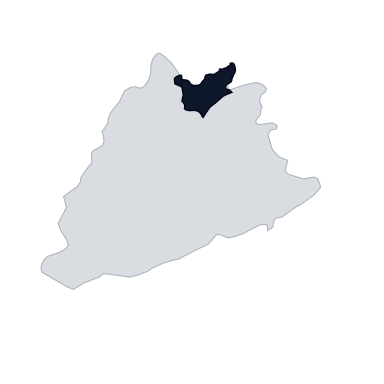 location of Vlasenica within Bosnia and Herzegovina, rotated 292°
{"feature_id": "BIH-4805", "entity_name": "Vlasenica", "entity_type": "state/province", "adm_level": 1, "iso_a3": "BIH", "parent_name": "Bosnia and Herzegovina", "parent_adm1": "", "projection": "robinson", "projection_center": [19.204, 44.258], "detail": "fine", "context": "in_parent", "style": "filled", "palette": "ink", "viewbox_px": 384, "rotation_deg": 292, "n_neighbors": 0, "source": "natural_earth", "source_scale": "10m", "svg_char_len": 3204}
<svg xmlns="http://www.w3.org/2000/svg" viewBox="0 0 384 384"><g transform="rotate(292 192 192)"><path d="M307.9,108.5L308.5,110.4L306.9,117.2L304.0,124.4L299.2,132.0L294.2,139.1L292.9,142.9L292.5,148.9L291.9,153.6L292.6,156.2L294.2,158.6L299.8,160.5L307.3,165.2L313.6,171.4L321.8,178.4L324.3,181.0L324.3,183.8L322.0,185.9L315.0,186.7L307.7,186.0L304.9,185.3L302.3,186.2L300.7,187.8L301.6,189.7L309.0,198.2L317.7,210.4L318.2,215.7L317.2,219.8L315.1,222.7L311.5,222.2L308.8,219.9L304.6,220.1L301.4,220.7L297.2,225.2L295.1,225.0L291.5,225.6L289.2,226.5L285.6,225.2L281.8,224.4L280.2,225.7L279.4,228.3L281.8,233.0L286.2,240.4L285.5,246.0L282.1,246.6L279.0,241.9L276.3,241.2L273.2,241.3L266.0,246.8L260.8,251.3L259.6,254.5L257.7,258.0L257.1,260.5L257.2,268.9L247.7,270.3L245.7,271.5L244.6,274.1L245.3,284.8L246.1,290.6L251.5,299.5L251.6,302.3L250.9,304.2L247.0,307.7L245.2,309.0L243.9,309.4L237.6,307.1L234.6,306.0L222.0,298.1L216.5,293.7L207.7,288.0L202.3,284.7L199.5,279.8L195.2,278.6L190.1,280.2L184.4,276.7L188.5,274.8L189.5,273.0L189.0,270.8L187.2,267.6L171.7,254.1L164.1,244.9L162.9,241.6L162.9,232.7L161.1,230.6L149.7,226.6L137.1,215.1L124.0,203.9L122.3,200.8L115.6,192.3L107.4,184.5L100.9,179.6L95.6,174.0L89.7,166.1L86.8,154.3L84.2,143.7L82.4,139.7L78.6,138.2L67.1,125.7L57.2,118.5L57.4,110.6L59.3,97.6L61.4,82.9L63.8,80.9L68.4,79.8L73.5,80.2L78.0,82.0L86.8,92.0L91.8,95.9L96.1,97.4L101.2,93.2L107.4,84.4L112.8,79.7L130.8,81.4L139.7,74.6L154.0,83.5L159.8,84.9L163.2,83.6L167.7,84.2L177.7,86.8L180.0,87.9L183.1,87.7L190.5,84.2L193.0,84.7L201.5,91.5L205.8,91.6L210.9,88.6L214.2,86.1L224.0,88.0L229.6,86.8L234.2,86.7L239.2,87.9L243.8,89.5L248.3,90.9L260.4,91.6L266.1,95.9L268.4,100.2L268.5,102.8L269.0,105.6L272.4,108.3L279.6,109.9L284.2,109.5L286.6,109.3L292.8,106.9L300.1,105.6L305.4,107.1L307.9,108.5Z" fill="#d9dde1" stroke="#a8b0b8" stroke-width="1"/><path d="M296.2,138.2L295.7,138.8L295.2,139.2L292.7,139.9L292.5,141.3L293.7,145.1L293.5,147.5L292.7,148.7L291.7,149.8L291.1,151.6L291.3,153.3L291.8,155.0L293.3,158.0L294.6,159.3L296.0,159.9L299.0,160.5L300.4,161.2L301.0,161.3L302.0,161.4L304.3,160.9L305.1,161.0L306.2,161.9L307.4,163.5L308.3,165.3L308.5,167.1L308.9,168.2L310.2,169.4L313.3,171.4L314.0,172.1L314.5,172.4L314.9,172.3L315.7,171.5L316.1,171.5L316.7,172.2L316.8,173.8L317.3,174.3L318.4,175.2L319.6,176.9L320.0,177.4L322.3,178.6L323.4,179.8L324.1,180.3L324.3,180.1L324.8,179.5L325.4,179.3L326.3,180.0L326.8,181.7L326.2,183.1L325.0,184.3L322.1,186.2L320.5,186.7L318.8,186.9L314.8,186.5L311.1,186.7L310.1,187.0L309.1,187.1L308.2,186.6L306.4,185.1L304.6,183.9L303.7,183.6L302.7,183.7L301.2,184.1L300.6,184.6L300.2,185.4L300.2,186.0L300.6,187.1L300.4,187.7L299.6,188.4L300.5,188.9L299.3,191.6L295.9,188.0L292.5,184.9L284.1,180.7L277.3,176.8L271.3,175.4L265.3,174.3L266.2,172.7L267.2,171.9L267.3,171.7L268.8,169.1L269.2,166.2L268.5,163.4L267.5,161.1L266.4,158.9L265.9,155.3L266.5,153.8L268.1,153.5L270.2,152.4L271.5,150.8L272.4,148.7L275.5,148.0L278.3,147.8L280.1,146.8L282.1,145.4L283.3,144.9L285.1,143.6L285.7,142.3L285.9,136.4L285.9,135.6L287.0,135.1L288.9,133.9L290.6,133.3L291.7,133.6L293.9,135.0L295.4,136.7L296.2,138.2Z" fill="#0f172a" stroke="#020617" stroke-width="1.5"/></g></svg>